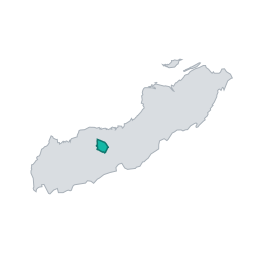 Åsele, Västerbotten, Sweden shown in context, rotated 225°
{"feature_id": "70781695B85403631212767", "entity_name": "Åsele", "entity_type": "district", "adm_level": 2, "iso_a3": "SWE", "parent_name": "Sweden", "parent_adm1": "Västerbotten", "projection": "albers", "projection_center": [17.524, 64.215], "detail": "fine", "context": "in_parent", "style": "filled", "palette": "teal", "viewbox_px": 256, "rotation_deg": 225, "n_neighbors": 0, "source": "geoboundaries", "source_scale": "gbopen_adm2", "svg_char_len": 4732}
<svg xmlns="http://www.w3.org/2000/svg" viewBox="0 0 256 256"><g transform="rotate(225 128 128)"><path d="M81.4,177.7L81.9,179.8L83.4,179.7L84.1,178.3L85.2,173.9L84.7,169.0L86.1,167.4L87.1,164.8L89.1,164.2L91.9,161.2L92.4,158.1L93.2,155.7L91.6,148.4L91.6,146.6L94.9,146.0L96.6,141.3L94.6,138.1L91.5,134.9L93.4,125.9L92.4,120.8L92.7,118.7L92.8,115.5L93.7,114.3L92.5,109.4L94.3,106.3L94.2,104.6L99.1,98.4L102.1,97.4L107.4,98.7L108.8,96.2L109.0,94.8L108.6,91.5L105.8,89.4L109.3,83.7L112.1,78.0L112.8,72.5L113.5,70.1L113.2,64.6L116.5,64.2L119.4,62.0L119.1,59.0L125.7,50.0L125.9,48.4L125.4,46.8L124.0,44.0L124.5,42.7L126.1,42.0L126.9,40.7L128.2,36.4L131.5,33.1L135.2,35.3L136.7,31.5L136.6,26.2L137.9,25.6L147.5,28.7L149.0,26.7L147.3,25.7L148.9,23.5L149.3,22.2L149.4,20.7L149.3,19.8L147.9,17.9L150.8,17.5L152.5,18.4L152.7,19.6L159.4,25.4L164.7,27.5L166.3,29.1L167.0,31.0L167.9,31.1L169.0,32.8L170.1,33.7L169.4,35.1L169.6,38.0L170.0,39.3L169.7,41.8L171.5,42.2L171.9,43.7L171.1,45.3L171.4,47.0L174.1,51.9L173.6,53.7L173.7,55.8L172.8,57.5L172.7,59.1L173.1,61.1L173.5,62.1L174.6,62.7L176.8,68.1L175.1,68.6L173.7,68.0L170.7,69.0L170.0,69.9L167.4,67.9L166.1,69.2L165.1,68.2L164.5,70.1L164.5,72.6L163.3,72.4L163.8,73.3L162.3,73.8L162.2,74.2L162.6,74.8L162.2,75.5L160.1,75.9L159.8,76.8L160.5,77.7L160.5,78.3L159.1,77.5L160.1,79.2L160.4,80.5L157.7,85.8L158.8,87.1L159.8,90.0L160.7,91.3L160.4,92.7L157.5,96.1L155.9,101.2L152.1,104.8L150.0,105.7L148.7,108.1L147.1,107.4L147.1,108.8L146.0,108.0L145.2,110.1L143.8,111.9L142.2,111.6L142.0,112.0L142.5,112.5L140.7,113.0L140.2,114.8L138.8,115.4L138.6,115.9L140.0,116.0L139.7,117.6L138.1,118.3L137.6,119.3L136.8,119.3L137.0,118.6L135.9,118.6L135.6,117.7L135.4,118.0L136.1,120.4L135.6,121.4L136.6,122.4L133.7,124.8L131.9,123.9L131.7,124.6L132.0,126.7L133.6,128.4L132.7,129.5L131.6,134.3L132.3,137.3L130.2,136.6L130.4,137.7L129.7,139.0L130.0,140.9L129.8,142.2L130.2,143.3L129.9,143.9L130.2,149.2L130.8,151.4L130.6,153.2L131.5,154.2L133.3,154.4L133.9,155.9L136.2,155.0L137.9,158.0L141.1,160.4L141.0,162.0L143.0,163.2L144.3,165.4L144.8,167.2L144.6,168.4L141.5,171.5L139.0,173.7L136.4,175.0L136.5,175.4L137.8,175.6L140.9,174.1L141.8,175.4L140.2,176.0L139.8,177.8L139.1,179.0L132.2,183.1L131.3,184.3L128.1,186.4L122.5,186.1L121.6,186.5L126.5,187.5L127.6,189.0L125.3,189.9L126.3,193.5L125.7,194.3L125.6,198.2L124.7,198.3L124.3,199.9L124.7,203.9L125.1,205.0L124.9,206.1L123.5,208.7L123.9,211.9L122.2,217.7L120.4,221.0L118.9,225.5L117.3,227.0L115.5,226.0L112.7,226.5L107.8,226.1L107.1,226.5L107.4,228.1L105.7,227.8L102.3,231.1L102.1,232.8L103.3,236.1L101.6,238.1L98.2,237.4L93.6,238.5L89.6,237.1L90.2,236.0L90.8,231.8L86.9,222.7L89.0,223.8L89.9,223.4L88.8,220.4L90.6,220.4L91.2,219.4L91.0,217.7L89.6,216.9L88.5,214.2L87.3,212.8L85.3,207.4L84.7,203.8L83.9,204.1L83.5,199.9L82.3,199.2L82.5,195.1L81.2,194.5L80.5,192.5L80.7,189.0L79.2,188.3L79.5,186.6L79.6,180.3L79.3,178.3L79.9,176.9L80.7,176.8L81.4,177.7ZM146.3,199.4L145.5,199.8L145.1,201.0L144.0,201.6L143.9,205.2L144.9,206.5L143.9,207.2L143.2,209.1L141.2,210.4L140.4,211.6L140.0,213.4L138.3,214.4L139.5,211.7L137.9,208.7L138.3,207.6L138.1,204.1L141.6,199.6L143.2,199.1L143.9,199.5L144.2,198.4L144.7,198.2L146.3,199.4ZM123.7,224.5L122.8,225.2L122.6,224.1L122.7,220.0L124.8,215.0L125.7,214.6L128.1,208.0L128.4,207.5L129.2,207.9L128.6,208.6L128.6,209.7L127.1,213.3L126.6,215.6L126.1,216.2L123.7,224.5ZM146.9,198.0L146.8,199.0L145.9,198.2L146.7,197.1L148.4,197.3L146.9,198.0ZM142.5,172.0L141.4,173.6L141.2,173.0L141.4,172.2L142.5,172.0ZM140.2,180.3L139.7,180.4L140.1,179.3L140.8,179.0L140.2,180.3Z" fill="#d9dde1" stroke="#a8b0b8" stroke-width="1"/><path d="M128.2,100.3L128.3,100.4L128.5,100.5L128.9,100.5L129.5,100.6L130.0,100.7L130.8,100.8L131.0,100.9L131.3,101.1L131.7,101.1L132.1,101.2L132.5,101.3L133.3,101.3L134.4,101.4L134.7,101.2L135.0,101.1L135.5,100.8L136.2,100.5L137.1,100.2L138.5,99.6L138.8,99.5L139.0,99.5L139.4,99.2L140.1,98.9L140.9,98.6L141.6,98.3L141.3,98.0L141.0,97.5L140.6,97.1L140.3,96.7L139.5,96.1L138.7,95.3L138.1,94.7L137.7,94.3L137.4,94.0L137.5,93.7L137.8,93.6L137.9,93.4L137.8,93.2L137.5,93.0L137.2,93.0L136.9,93.1L136.6,93.3L136.3,93.2L136.1,93.0L135.8,92.8L135.5,92.6L135.1,92.1L134.6,91.8L134.7,91.5L134.9,91.2L134.7,91.0L134.2,91.2L133.9,91.4L133.7,91.6L133.3,91.7L133.1,91.9L132.5,92.0L132.0,92.1L131.4,92.2L130.9,92.4L130.7,92.5L130.3,92.5L129.9,92.7L129.6,92.8L129.4,92.9L129.1,92.9L128.8,93.1L128.6,93.4L128.5,93.7L128.3,93.8L127.8,93.9L127.0,93.8L126.8,94.2L126.8,94.5L126.8,94.9L126.8,95.2L127.0,95.4L127.1,95.6L127.3,95.7L127.2,96.0L127.3,96.5L127.4,96.8L127.5,97.1L127.6,97.4L127.8,97.8L127.9,98.2L128.0,98.6L128.3,99.0L128.5,99.3L128.6,99.7L128.4,99.9L128.2,100.3Z" fill="#14b8a6" stroke="#0f766e" stroke-width="1.5"/></g></svg>